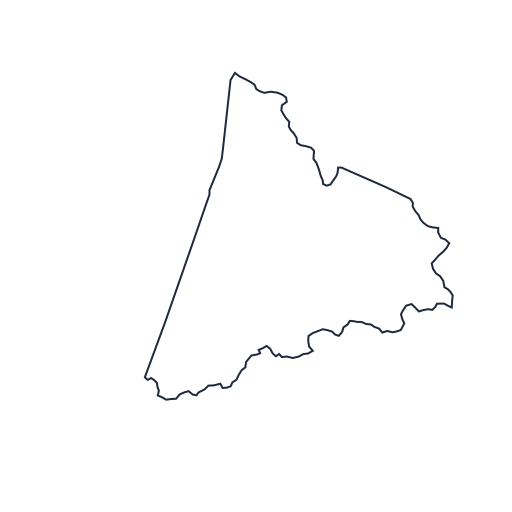 outline of Duas Barras, Rio de Janeiro, Brazil, rotated 233°
{"feature_id": "56859067B69837408110296", "entity_name": "Duas Barras", "entity_type": "district", "adm_level": 2, "iso_a3": "BRA", "parent_name": "Brazil", "parent_adm1": "Rio de Janeiro", "projection": "mercator", "projection_center": [-42.522, -22.035], "detail": "fine", "context": "isolated", "style": "outline", "palette": "slate", "viewbox_px": 512, "rotation_deg": 233, "n_neighbors": 0, "source": "geoboundaries", "source_scale": "gbopen_adm2", "svg_char_len": 2256}
<svg xmlns="http://www.w3.org/2000/svg" viewBox="0 0 512 512"><g transform="rotate(233 256 256)"><path d="M414.9,349.4L411.8,341.5L362.1,294.7L354.5,287.4L349.6,280.4L336.5,258.4L333.0,255.8L327.6,247.6L305.0,214.1L281.6,179.1L257.7,143.4L226.0,94.2L222.2,95.0L221.7,98.7L218.3,100.0L214.4,100.5L211.1,98.7L206.8,97.3L203.7,93.6L200.1,95.8L195.3,97.8L193.0,101.9L190.1,106.3L191.4,112.0L190.1,117.0L188.6,120.9L183.5,122.0L180.6,124.6L181.6,128.1L180.4,134.7L181.1,140.0L178.1,144.4L175.5,150.6L170.8,149.9L168.6,153.1L167.2,157.4L169.3,161.1L168.9,165.8L171.5,170.8L173.5,176.0L173.5,180.5L177.4,184.4L179.3,192.4L176.8,197.4L175.8,200.8L179.4,201.6L178.3,205.7L177.8,210.3L173.3,211.5L168.2,210.7L164.0,211.5L163.8,215.5L159.8,215.8L157.0,220.3L152.4,224.0L150.0,229.5L149.2,234.7L146.8,238.9L146.1,244.3L151.7,243.9L156.6,246.5L160.5,249.8L160.3,254.8L159.0,259.4L157.3,265.3L153.7,268.5L149.8,271.3L145.6,271.9L142.4,274.1L143.5,279.0L146.4,283.0L146.1,287.8L147.7,291.9L145.0,294.9L142.3,297.3L140.0,300.4L135.4,303.1L132.1,306.6L128.3,307.8L124.0,310.6L118.8,310.8L117.2,315.6L112.8,319.3L111.0,323.1L109.8,327.1L111.3,330.5L113.0,333.9L117.5,334.8L122.2,336.7L124.0,340.4L126.0,346.0L124.0,351.3L118.3,352.2L113.7,352.7L112.1,357.1L109.8,361.7L106.9,364.3L107.4,368.5L109.0,371.7L107.0,374.6L104.8,377.6L100.8,379.3L97.1,381.3L99.7,383.6L102.9,386.3L106.0,389.3L110.0,389.7L113.9,389.3L117.6,387.7L123.2,390.5L128.8,390.9L133.9,389.3L139.1,389.6L144.4,391.9L145.3,397.2L146.4,402.0L146.8,408.1L147.8,413.2L149.9,418.0L155.3,417.1L159.2,414.6L165.1,415.6L168.7,418.4L172.7,414.2L176.5,411.2L181.9,409.6L186.4,409.4L190.8,410.5L196.1,410.2L201.2,410.9L204.1,413.3L208.5,413.7L233.0,401.1L270.2,380.2L275.1,377.6L277.2,374.8L273.5,371.4L271.3,367.8L269.8,362.9L268.3,358.7L269.6,354.8L273.1,352.9L276.3,354.8L281.0,355.9L287.1,358.3L294.0,360.3L298.9,360.3L301.5,362.5L305.0,365.6L309.3,365.2L313.5,362.1L317.7,358.3L321.7,356.9L325.8,359.5L331.7,360.0L335.4,359.5L339.6,360.1L343.1,363.3L348.1,362.9L352.9,363.3L357.1,363.9L360.8,367.4L360.6,373.4L364.6,375.4L368.7,374.2L373.6,371.4L378.4,366.5L381.4,360.7L385.8,357.9L389.1,356.7L393.6,357.9L397.9,356.5L403.0,354.2L409.4,350.9L414.9,349.4Z" fill="none" stroke="#1e293b" stroke-width="2"/></g></svg>